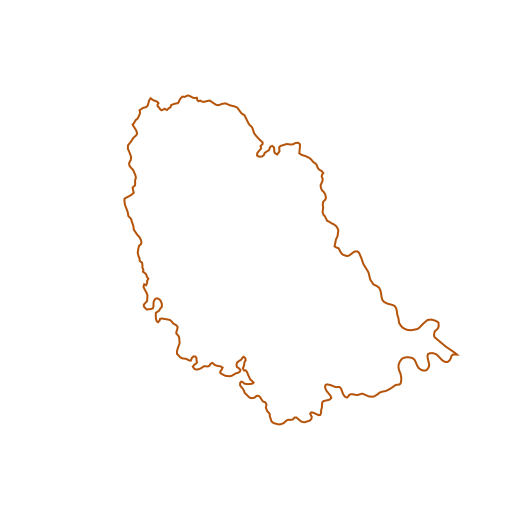 the district of Pompéu, Minas Gerais, Brazil, rotated 149°
{"feature_id": "56859067B66149480204600", "entity_name": "Pompéu", "entity_type": "district", "adm_level": 2, "iso_a3": "BRA", "parent_name": "Brazil", "parent_adm1": "Minas Gerais", "projection": "natural_earth1", "projection_center": [-44.93, -19.146], "detail": "fine", "context": "isolated", "style": "outline", "palette": "amber", "viewbox_px": 512, "rotation_deg": 149, "n_neighbors": 0, "source": "geoboundaries", "source_scale": "gbopen_adm2", "svg_char_len": 6064}
<svg xmlns="http://www.w3.org/2000/svg" viewBox="0 0 512 512"><g transform="rotate(149 256 256)"><path d="M155.6,292.4L156.0,295.2L157.1,296.9L157.6,298.5L157.6,300.5L157.1,302.8L157.5,305.1L158.5,306.9L159.0,310.3L160.0,313.0L162.2,316.2L164.9,319.3L166.0,321.8L162.0,327.1L160.8,329.1L161.5,331.3L163.8,332.5L166.6,332.7L168.4,333.4L172.1,336.2L178.2,337.7L180.1,337.3L182.0,333.6L185.6,332.1L186.9,334.8L186.3,336.8L185.3,338.1L184.7,340.1L185.4,342.0L187.1,342.3L188.5,341.6L190.2,340.1L195.4,339.9L197.6,338.3L199.9,338.3L201.5,339.1L202.7,340.1L203.3,341.7L201.7,343.7L196.1,345.6L195.5,347.9L192.7,348.6L191.8,349.9L193.0,353.9L194.1,359.3L194.4,362.1L193.2,367.4L193.3,369.8L194.0,371.2L194.1,373.5L193.4,382.6L195.0,385.8L195.6,392.6L196.4,394.0L197.3,395.2L200.7,398.6L203.6,402.6L207.1,404.0L209.4,404.3L211.2,405.0L212.5,406.4L215.6,413.1L221.5,415.1L222.8,416.2L223.8,418.0L225.6,418.3L226.0,420.0L225.2,422.1L227.1,422.9L228.6,424.2L230.3,427.2L231.7,428.7L235.1,429.1L237.0,430.5L239.3,430.0L241.2,429.1L242.9,427.8L244.3,427.2L246.0,428.0L249.1,428.8L251.2,429.0L252.6,427.5L254.2,427.6L257.2,427.0L258.4,429.3L260.1,429.3L262.0,429.6L262.6,431.2L262.6,433.0L263.2,435.0L262.4,436.5L260.9,437.2L261.2,439.1L264.0,442.8L265.1,445.5L267.5,444.4L270.6,441.3L272.1,440.4L274.0,440.3L276.4,441.1L280.8,440.9L281.4,438.8L282.9,437.2L284.4,436.2L287.0,434.7L289.1,434.5L292.4,432.6L294.0,432.3L294.2,430.6L294.0,426.5L294.2,424.2L295.1,421.9L296.7,421.1L300.4,420.4L304.2,418.5L308.7,416.8L310.5,414.1L311.6,407.0L312.2,404.9L313.9,402.8L315.5,402.0L317.2,400.6L318.0,398.4L317.8,396.5L317.0,393.1L317.8,387.3L318.6,385.0L320.4,383.4L321.5,381.8L322.4,380.0L323.8,378.6L325.3,378.6L326.7,378.0L328.2,373.2L330.7,372.7L332.7,372.6L339.1,372.9L340.2,371.4L341.9,367.6L343.3,359.9L344.8,356.1L344.0,352.0L344.6,350.0L345.7,344.8L347.2,341.5L346.8,334.8L346.2,332.7L346.4,328.8L347.4,326.3L348.9,325.3L350.9,325.0L352.7,323.3L355.8,319.6L356.8,316.3L357.1,313.8L358.2,311.6L357.1,308.9L358.1,306.5L359.3,304.8L359.6,302.2L361.0,300.7L360.1,298.8L359.6,296.9L360.2,294.3L360.0,291.9L361.9,290.9L363.3,288.9L365.4,287.6L366.4,289.3L368.3,287.6L368.6,285.3L368.8,280.5L369.4,278.0L372.6,273.4L377.2,272.1L378.1,270.4L377.8,268.5L377.2,266.4L373.6,264.8L371.5,264.2L369.7,265.7L368.6,267.7L367.2,269.6L365.3,270.8L363.8,271.1L362.2,270.4L361.1,268.5L360.8,266.3L361.3,263.8L362.0,262.2L363.1,260.9L365.6,260.0L367.4,259.0L371.1,258.9L373.3,255.4L374.2,253.4L374.7,251.3L374.1,249.7L371.9,250.3L370.6,251.5L369.0,251.0L364.4,247.1L362.7,245.4L362.0,243.2L361.8,241.0L360.0,237.7L359.7,235.5L361.6,233.4L363.2,232.1L364.2,230.7L363.6,226.9L364.1,225.2L366.4,220.6L371.6,216.3L373.1,214.7L374.1,212.8L373.1,208.1L371.9,206.2L368.8,203.8L367.1,200.9L365.8,199.9L363.2,201.8L361.3,202.1L359.9,201.2L359.5,199.4L360.6,197.4L361.3,195.3L362.8,194.6L364.9,194.6L367.2,193.7L366.9,190.9L365.8,189.5L364.3,188.7L361.3,188.1L357.2,188.3L354.2,186.1L352.4,185.9L350.6,187.0L348.4,186.8L347.5,183.9L346.3,182.3L343.1,179.5L342.1,177.5L344.0,176.3L345.7,175.6L346.8,174.5L346.4,172.9L343.9,169.0L341.1,166.9L339.6,166.1L338.0,165.8L333.6,165.8L331.5,165.1L329.3,165.2L328.0,166.3L328.5,168.6L329.5,170.6L328.9,172.6L327.3,174.3L325.2,174.7L321.9,174.8L320.2,175.7L318.5,176.0L317.8,173.9L318.5,172.0L320.7,170.8L322.9,168.0L325.1,166.6L325.2,164.0L323.7,163.3L323.5,161.2L324.1,157.2L324.5,153.1L323.7,150.9L323.3,148.7L324.7,148.4L327.8,149.7L329.7,150.9L331.7,152.6L332.3,154.6L333.3,155.9L334.8,155.5L336.2,153.5L336.1,151.4L335.7,149.5L335.7,146.5L336.2,144.6L334.6,138.4L333.7,136.9L331.7,135.8L329.4,135.3L327.6,135.9L325.9,134.8L325.1,132.9L325.2,130.4L324.9,127.6L323.3,125.7L323.5,123.3L325.7,120.9L326.0,118.7L326.3,116.8L325.7,115.2L325.7,113.3L326.6,111.8L327.9,106.3L327.0,103.8L324.0,100.6L322.6,99.6L321.3,99.0L318.3,98.5L314.8,99.3L312.7,99.0L310.4,97.5L308.5,96.9L306.2,97.7L304.6,96.8L302.6,91.0L301.0,89.2L299.8,88.4L294.6,87.2L292.5,87.8L291.1,89.3L290.8,92.9L289.1,93.5L287.6,92.2L284.3,87.3L282.8,86.7L281.1,87.9L280.2,89.4L279.2,90.7L277.7,92.0L274.8,96.2L273.1,96.9L267.0,95.0L264.6,95.5L264.1,97.8L265.0,103.9L264.8,106.5L264.1,108.5L262.6,109.7L261.1,109.3L258.5,106.9L255.5,102.9L254.3,102.0L252.9,101.4L251.8,100.5L251.4,98.5L252.4,93.3L252.4,90.9L252.1,89.3L250.9,87.8L249.2,88.1L247.8,88.9L246.3,88.8L244.7,88.0L241.8,85.4L240.2,84.4L237.0,83.7L235.6,83.1L231.7,77.6L229.0,75.6L227.2,74.8L222.6,74.8L220.5,75.3L217.0,74.5L214.5,73.5L212.3,73.2L208.8,73.1L202.6,73.5L199.3,72.0L197.9,72.2L196.5,73.4L194.3,76.5L192.8,80.5L192.2,84.4L191.6,86.2L190.8,87.9L189.8,89.3L187.3,91.3L184.3,92.6L182.2,92.7L179.3,91.8L177.7,90.8L176.0,89.5L174.5,87.9L173.6,85.7L173.7,83.2L174.3,79.1L174.3,76.2L173.1,73.4L171.4,71.5L169.7,70.5L168.3,70.5L166.8,70.9L164.7,72.1L163.4,73.9L161.3,80.4L160.5,81.9L159.2,83.3L157.0,83.1L154.5,81.7L152.5,79.5L151.6,77.6L150.3,71.5L149.4,69.2L147.8,67.2L146.2,66.5L143.9,66.8L141.9,67.9L139.6,69.9L137.8,70.0L134.5,68.0L135.4,70.6L139.9,80.4L144.7,94.2L144.5,95.9L143.2,97.7L141.6,99.4L138.8,99.8L136.8,100.6L135.5,101.8L133.9,104.9L134.7,106.8L136.1,108.8L138.6,111.3L141.9,112.8L147.0,112.0L153.2,110.4L155.3,110.3L159.2,111.7L161.3,112.5L164.2,114.6L165.4,116.0L167.2,119.0L167.7,121.2L167.8,124.9L165.8,129.8L165.5,131.5L164.9,133.4L163.2,137.5L162.7,139.9L163.0,141.8L164.0,143.5L168.0,147.6L169.1,149.3L169.9,150.8L170.3,152.8L169.8,155.4L167.6,160.7L167.0,163.0L166.8,165.4L167.9,168.0L170.0,171.3L170.2,177.1L168.2,183.4L168.0,185.0L168.1,193.8L166.7,200.4L166.0,205.9L166.7,207.7L168.2,208.6L169.7,209.1L175.3,208.5L176.7,208.6L178.2,209.2L180.6,212.0L181.3,213.5L181.5,216.1L181.2,220.1L182.8,221.9L183.7,223.8L178.9,229.0L175.9,231.0L172.2,235.6L171.8,238.0L172.0,240.8L173.2,243.4L174.3,245.0L175.8,248.0L176.9,249.5L176.5,254.5L176.9,256.8L176.4,259.2L173.4,263.1L172.3,265.7L170.7,267.7L167.3,268.8L166.1,269.9L165.4,271.6L164.9,273.7L165.0,276.2L165.6,278.1L165.5,279.7L165.0,281.6L164.1,283.5L160.3,286.1L159.1,287.9L158.7,290.4L157.6,291.6L155.6,292.4Z" fill="none" stroke="#b45309" stroke-width="2"/></g></svg>